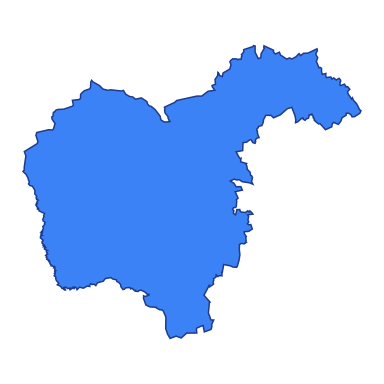 Kanturk Lea-4, Cork, Ireland (orthographic projection)
{"feature_id": "5873133B26556088806881", "entity_name": "Kanturk Lea-4", "entity_type": "district", "adm_level": 2, "iso_a3": "IRL", "parent_name": "Ireland", "parent_adm1": "Cork", "projection": "orthographic", "projection_center": [-8.958, 52.204], "detail": "fine", "context": "isolated", "style": "filled", "palette": "blue", "viewbox_px": 384, "rotation_deg": 0, "n_neighbors": 0, "source": "geoboundaries", "source_scale": "gbopen_adm2", "svg_char_len": 5843}
<svg xmlns="http://www.w3.org/2000/svg" viewBox="0 0 384 384"><path d="M211.1,329.4L211.9,326.5L211.7,324.5L213.7,320.0L211.0,320.0L208.4,313.0L209.4,302.3L210.0,302.1L204.0,295.3L209.1,285.5L209.6,286.9L213.6,284.1L213.1,282.0L213.8,280.2L213.5,278.7L216.0,277.1L216.2,274.9L217.9,276.6L219.0,275.7L222.0,275.8L221.8,272.3L222.3,272.4L223.7,264.5L230.6,265.9L232.7,267.0L236.6,267.3L237.2,266.6L239.0,260.4L239.9,254.8L239.3,249.3L239.5,244.5L241.0,243.5L244.4,243.8L246.2,242.4L245.5,242.2L246.1,241.0L245.8,237.5L246.3,236.5L244.4,233.7L244.2,231.7L248.7,231.4L252.3,229.0L250.8,224.5L248.8,224.8L247.4,223.8L248.8,221.9L247.9,220.2L248.6,216.5L247.6,214.9L252.9,214.1L251.6,212.4L249.9,210.9L249.1,212.0L247.8,210.8L245.3,212.5L241.7,212.1L240.3,211.6L239.8,209.5L236.9,209.6L235.7,214.7L235.0,214.7L233.3,212.8L233.9,210.7L232.5,209.5L233.5,207.7L235.5,207.5L236.3,206.5L236.7,201.4L236.4,199.6L238.1,198.2L235.2,191.7L242.4,190.1L240.8,186.6L236.1,186.8L234.0,183.3L230.3,181.0L234.3,179.1L236.8,180.0L239.3,179.7L242.1,181.7L249.4,182.8L252.9,184.2L251.6,181.5L252.5,177.6L251.6,175.7L250.6,175.3L250.0,172.0L247.3,169.4L246.8,165.9L246.0,164.0L246.5,163.5L240.6,161.8L241.0,158.3L240.3,158.7L239.1,157.3L236.1,151.8L242.7,150.6L243.0,142.7L246.7,142.1L250.1,139.7L251.3,139.9L252.7,142.6L255.1,143.3L255.7,141.6L255.1,140.9L255.9,139.3L257.0,138.0L259.1,137.6L257.6,134.1L257.3,131.1L256.7,129.7L257.3,128.3L258.3,127.7L258.6,126.3L261.9,125.6L263.2,122.4L263.5,119.8L265.8,115.3L271.1,115.4L273.5,117.8L280.4,114.8L287.3,108.7L291.8,107.4L295.0,115.7L295.8,120.1L295.5,122.7L297.6,121.9L301.9,118.1L303.0,118.0L303.1,119.2L305.1,120.3L306.2,119.0L308.5,118.1L308.9,116.1L309.5,115.6L309.3,114.9L311.7,114.2L311.6,114.9L312.3,115.0L313.6,117.4L313.2,117.7L314.7,120.1L314.4,120.5L318.5,123.9L320.2,123.8L325.5,129.7L331.8,126.8L332.1,124.3L333.5,122.3L338.3,124.4L340.8,121.3L342.1,117.7L346.1,115.3L346.3,113.2L348.8,113.3L351.1,114.9L352.0,116.8L354.5,116.7L359.8,113.3L361.0,110.7L359.6,109.7L356.6,103.7L353.5,100.4L352.4,97.8L351.6,99.0L348.1,93.8L347.5,91.7L349.8,89.2L347.6,86.7L345.5,86.7L345.5,85.7L344.4,84.1L340.7,85.6L340.0,85.0L340.2,81.9L340.7,81.3L340.5,80.0L339.0,78.3L336.2,80.0L333.8,77.9L331.9,79.1L330.9,77.0L326.3,77.5L325.6,75.5L325.9,73.5L322.3,74.3L321.6,72.1L321.5,68.3L320.1,67.4L319.0,67.9L316.4,61.4L317.7,57.5L316.1,55.1L315.9,53.6L317.4,50.6L317.0,48.8L308.0,53.1L303.5,53.3L300.6,55.6L299.1,53.6L295.9,56.8L291.9,59.0L289.5,57.9L286.7,59.1L280.5,55.0L279.4,52.2L275.4,54.0L273.6,52.2L273.5,50.2L264.0,45.8L263.8,47.6L264.3,48.3L261.1,53.8L260.8,57.7L258.3,58.6L255.1,52.1L255.1,46.0L253.7,45.6L252.6,46.7L243.8,49.6L243.7,52.0L241.4,54.6L242.1,56.1L241.4,56.9L241.2,59.3L239.0,59.1L237.9,59.8L236.7,58.9L232.7,58.8L230.9,60.3L229.9,61.7L231.0,64.9L229.8,69.0L223.1,73.0L222.2,76.6L219.5,75.4L218.8,73.3L218.3,73.0L218.3,72.7L217.9,72.4L217.6,75.7L215.0,79.5L215.5,84.2L212.0,85.5L212.2,86.7L214.8,90.3L208.2,91.2L201.7,96.1L196.8,96.1L176.6,100.5L174.7,102.4L164.4,107.2L165.0,108.5L164.6,109.9L165.0,112.8L167.9,116.5L168.2,118.6L170.0,121.5L169.6,121.7L169.0,121.1L168.1,121.9L164.2,122.0L160.9,119.8L160.1,116.1L155.2,109.7L151.4,106.5L149.2,105.8L147.6,104.0L146.9,101.6L141.4,97.9L135.5,99.2L132.8,97.0L129.4,96.4L125.8,94.3L123.4,90.4L121.2,91.0L110.7,89.8L107.9,90.3L103.0,89.1L99.5,85.6L93.0,81.9L91.6,80.3L90.8,82.1L90.6,86.9L89.9,88.8L84.4,90.7L81.8,92.9L80.6,94.4L80.5,98.3L79.3,99.5L72.4,100.3L73.3,104.6L72.7,106.1L63.6,109.2L58.2,109.4L55.8,110.2L54.6,111.9L53.4,112.3L52.9,116.3L51.8,117.0L52.1,119.2L55.0,123.5L53.5,128.9L52.3,130.0L48.8,129.7L36.8,132.5L35.9,135.3L38.0,141.8L37.0,143.7L24.3,151.6L25.9,155.8L24.3,166.6L24.2,170.0L23.0,171.5L26.0,174.3L28.1,178.1L28.4,180.0L29.4,181.8L28.5,184.0L29.9,185.5L32.4,186.2L34.9,190.3L34.8,193.9L36.5,195.9L36.6,196.9L36.1,197.3L36.6,199.4L37.3,199.2L38.3,200.3L37.3,201.2L36.3,203.8L37.0,203.7L36.0,205.0L36.5,205.1L36.7,206.7L37.9,207.6L37.5,208.5L38.2,208.7L37.7,209.2L39.1,210.1L39.1,210.9L44.6,213.5L43.6,215.8L44.1,216.4L42.8,219.3L43.2,221.0L45.0,222.1L44.8,223.3L44.2,222.8L44.8,223.9L43.9,225.6L42.8,226.4L43.4,228.6L42.3,230.5L42.6,231.2L41.4,231.6L41.2,232.4L42.3,232.6L42.0,233.4L41.1,233.2L41.8,234.2L40.9,234.8L40.9,235.7L41.8,235.7L40.5,236.6L40.4,237.9L43.1,240.1L42.2,241.5L43.0,242.3L42.1,242.0L42.0,242.9L43.3,244.3L43.0,245.4L43.7,246.0L43.7,245.3L44.4,245.2L44.7,246.1L44.2,246.5L45.0,246.4L45.7,247.6L44.5,247.8L44.4,249.0L47.0,250.3L46.2,250.4L46.5,252.2L47.3,252.6L46.5,254.6L46.9,254.6L45.6,255.5L46.8,256.6L46.3,257.5L47.1,258.4L46.8,259.2L48.2,259.5L48.0,260.2L48.9,261.4L49.2,260.1L50.1,264.0L51.8,265.4L51.3,265.8L54.6,266.6L53.7,267.9L55.1,268.1L54.7,270.1L55.8,270.6L54.7,271.5L55.3,272.6L54.4,273.3L55.2,274.3L54.2,275.8L55.9,277.2L55.7,278.6L56.4,280.6L58.8,283.2L57.3,284.8L60.7,286.3L61.9,288.3L63.1,288.2L63.2,289.0L65.0,290.1L65.5,290.0L65.2,289.0L63.9,288.8L63.8,287.5L65.9,287.1L67.4,288.5L69.5,288.2L70.0,289.8L70.9,289.4L70.5,288.5L70.8,288.1L72.5,288.4L73.1,287.0L74.4,287.3L73.7,288.0L74.1,288.6L75.1,287.2L76.4,287.9L77.0,289.7L79.6,287.2L83.4,288.2L87.1,286.1L89.8,286.5L89.6,285.1L90.8,283.7L92.1,284.6L94.0,284.1L95.8,285.6L97.4,282.8L103.3,281.2L105.2,278.6L110.7,277.6L113.0,279.1L116.4,279.8L116.8,281.5L118.7,282.4L120.7,284.7L120.9,286.7L123.0,289.6L124.5,289.2L125.5,287.9L130.0,287.5L130.6,288.9L132.2,288.3L134.0,290.2L135.5,290.4L135.3,291.2L138.1,291.5L139.5,290.4L141.2,290.2L144.9,292.0L147.0,294.1L148.7,294.1L149.2,294.9L148.4,295.4L144.9,296.5L143.6,295.8L143.5,298.4L145.9,305.0L149.9,306.9L156.3,307.3L156.3,307.9L159.6,309.7L162.1,310.0L163.2,310.9L165.9,317.1L165.7,328.6L167.6,334.2L170.1,338.4L176.2,336.1L181.2,338.0L186.7,333.1L196.8,333.0L196.4,329.2L196.9,328.0L202.6,325.6L203.1,325.5L204.3,331.9L211.1,329.4Z" fill="#3b82f6" stroke="#1e3a8a" stroke-width="1.5"/></svg>